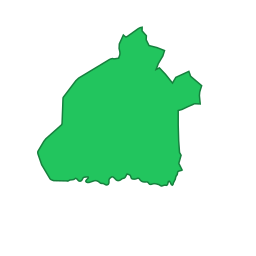 outline of Matam, rotated 128°
{"feature_id": "SEN-767", "entity_name": "Matam", "entity_type": "Region", "adm_level": 1, "iso_a3": "SEN", "parent_name": "Senegal", "parent_adm1": "", "projection": "mercator", "projection_center": [-13.497, 15.275], "detail": "fine", "context": "isolated", "style": "filled", "palette": "green", "viewbox_px": 256, "rotation_deg": 128, "n_neighbors": 0, "source": "natural_earth", "source_scale": "10m", "svg_char_len": 2441}
<svg xmlns="http://www.w3.org/2000/svg" viewBox="0 0 256 256"><g transform="rotate(128 128 128)"><path d="M127.8,59.5L128.1,59.7L128.9,60.0L129.3,60.3L129.5,60.7L129.6,60.8L129.8,60.9L130.2,61.1L130.5,61.2L131.0,61.6L131.7,61.8L132.2,61.7L134.3,60.6L134.7,60.5L136.2,60.5L136.4,60.4L137.0,60.3L139.3,59.2L143.4,58.4L144.4,57.9L144.9,57.8L145.3,57.8L145.8,57.9L145.9,59.0L144.7,61.5L144.5,62.7L145.3,63.2L148.1,62.1L149.3,62.2L149.6,62.6L150.3,63.7L150.6,64.1L152.8,65.6L153.2,66.1L153.4,66.8L153.5,68.2L153.6,68.8L154.7,71.5L155.2,72.3L155.7,73.1L156.4,73.8L158.3,75.2L158.8,75.9L159.0,76.5L158.9,77.2L158.6,78.6L158.6,79.2L158.8,79.8L159.1,80.2L160.5,81.9L161.2,83.1L161.6,84.5L161.6,86.0L161.4,86.7L161.2,87.4L161.0,88.0L161.1,88.7L161.5,89.3L162.0,89.7L163.2,90.4L163.8,90.9L164.3,91.4L165.2,92.7L165.5,93.4L165.6,94.0L165.5,94.5L164.3,96.4L164.0,97.0L164.0,97.7L164.1,98.4L164.8,100.4L166.0,100.3L168.3,99.9L169.4,100.0L169.9,100.2L171.4,101.3L171.9,101.5L173.7,102.0L174.6,102.5L175.5,103.3L176.0,104.2L176.2,105.4L175.8,108.4L175.8,109.1L175.9,109.7L176.2,110.5L176.6,110.8L179.0,111.4L180.1,111.3L181.3,110.6L182.3,109.7L183.4,109.1L184.6,108.9L185.8,109.5L186.3,110.1L186.5,110.8L186.9,113.0L187.1,113.5L187.9,114.6L188.2,115.2L188.4,115.8L188.4,118.4L188.7,119.7L189.3,121.0L190.2,122.0L194.8,125.1L195.8,126.2L196.3,127.5L195.9,128.6L194.6,128.8L192.0,128.5L191.2,129.1L191.7,130.1L193.4,131.9L194.1,132.4L194.8,132.6L195.5,132.6L197.1,132.3L198.0,132.3L198.7,132.5L199.4,133.0L199.8,133.6L200.0,134.2L200.0,134.8L199.6,136.8L199.7,137.5L199.9,138.2L200.0,138.4L201.9,139.0L202.6,139.6L204.8,141.8L206.9,142.7L207.1,143.3L215.2,154.1L215.7,155.4L216.1,157.2L216.1,157.8L215.9,158.5L210.1,173.4L203.8,183.1L202.8,184.1L201.9,184.6L190.3,186.1L187.0,186.1L166.3,182.3L165.4,182.6L164.8,182.9L144.6,197.5L143.8,197.9L122.8,198.2L119.0,197.6L85.5,184.8L84.2,184.1L82.8,183.0L82.2,181.6L78.8,178.4L75.6,179.4L74.5,180.0L73.1,181.2L70.8,184.0L67.1,186.6L57.6,188.9L57.7,187.7L57.7,186.8L57.6,185.8L57.1,185.3L55.9,184.8L43.4,181.1L41.3,180.1L39.9,178.9L42.8,176.7L44.0,170.3L47.3,168.0L50.1,162.2L46.8,154.7L44.5,146.9L49.8,144.9L58.5,143.8L64.6,141.9L61.3,140.3L62.6,131.6L65.2,120.6L58.7,121.5L45.9,114.9L48.7,110.5L49.3,96.0L51.5,95.2L55.4,93.7L58.5,91.7L64.6,85.9L67.9,90.5L74.4,94.0L80.2,96.9L83.3,99.2L94.7,90.3L107.0,80.1L115.6,72.3L116.8,69.4L124.6,66.2L127.8,59.5Z" fill="#22c55e" stroke="#15803d" stroke-width="1.5"/></g></svg>